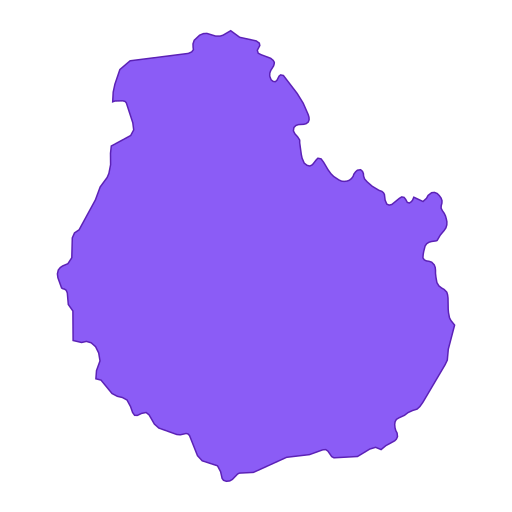 outline of Côte-d'Or
{"feature_id": "FRA-5282", "entity_name": "Côte-d'Or", "entity_type": "Metropolitan department", "adm_level": 1, "iso_a3": "FRA", "parent_name": "France", "parent_adm1": "", "projection": "orthographic", "projection_center": [4.917, 47.462], "detail": "fine", "context": "isolated", "style": "filled", "palette": "violet", "viewbox_px": 512, "rotation_deg": 0, "n_neighbors": 0, "source": "natural_earth", "source_scale": "10m", "svg_char_len": 3197}
<svg xmlns="http://www.w3.org/2000/svg" viewBox="0 0 512 512"><path d="M81.6,342.5L73.1,340.5L72.9,311.0L68.3,304.5L67.3,292.9L66.2,290.3L64.5,289.1L63.0,288.8L61.6,288.0L57.9,277.7L57.4,273.9L58.3,270.0L60.3,267.5L62.7,265.9L67.9,263.7L71.8,257.7L72.3,237.9L74.5,232.9L79.1,229.8L95.4,199.9L100.2,186.9L107.2,177.4L108.9,173.4L110.6,164.7L110.5,153.3L111.3,146.0L130.7,135.5L133.7,129.9L132.8,122.8L126.3,102.8L125.0,101.4L122.6,100.8L115.0,101.0L112.7,101.8L113.2,92.1L114.9,84.2L119.9,69.5L130.1,60.8L188.4,53.4L191.7,51.9L193.4,49.7L193.1,47.2L193.0,43.9L194.2,40.3L199.6,35.2L203.4,33.6L206.9,33.4L215.7,36.1L220.1,36.1L223.0,35.2L230.7,30.7L239.7,37.3L256.2,40.9L259.3,43.1L259.8,45.5L257.3,50.3L258.2,53.2L261.1,54.7L270.7,58.3L273.2,60.4L274.3,62.3L274.2,63.8L273.6,65.9L270.8,70.4L269.8,73.1L269.7,76.1L271.1,79.8L273.1,81.4L275.3,81.7L277.0,80.2L279.1,76.1L280.6,74.9L283.4,75.5L297.2,93.5L303.2,103.2L308.2,114.6L309.0,117.3L309.1,119.8L308.2,122.1L306.1,123.7L303.7,124.3L298.4,124.6L295.9,125.5L293.9,127.5L293.4,130.9L294.9,133.8L297.6,136.8L299.6,139.9L299.7,140.4L299.7,142.9L301.3,154.5L302.1,158.2L304.2,163.1L307.0,165.3L309.7,166.0L311.7,165.2L313.1,163.9L316.2,159.9L317.9,158.2L321.1,158.9L323.7,162.4L328.0,169.7L330.9,173.7L333.7,176.5L339.0,180.0L341.7,181.2L344.3,181.4L347.0,181.1L349.4,180.2L351.5,178.5L353.1,176.4L353.9,174.1L355.6,171.8L357.4,170.2L360.6,169.7L362.5,171.4L363.4,173.6L363.6,176.1L364.6,179.0L367.2,181.9L372.1,186.2L378.9,190.3L381.9,191.4L383.5,192.8L384.4,194.4L385.1,200.1L386.8,204.1L389.1,205.1L391.8,204.5L399.4,198.3L401.7,196.9L404.1,197.4L405.7,199.4L407.3,202.4L409.4,203.0L411.3,201.7L412.6,200.1L413.8,197.2L423.0,201.5L426.5,198.3L428.1,195.4L431.6,192.7L434.4,192.4L437.2,193.5L439.3,195.6L441.1,198.1L442.0,200.7L441.9,203.2L441.2,205.8L441.1,208.2L442.5,210.9L444.2,213.3L445.5,216.0L446.3,218.9L446.9,221.8L446.8,224.9L445.9,227.9L444.2,230.4L440.2,235.2L437.3,240.2L436.9,240.6L435.9,240.9L431.6,241.5L429.1,242.2L426.7,243.7L425.1,246.0L423.7,251.5L423.2,254.4L422.9,257.8L424.3,259.9L426.4,260.9L429.1,261.3L431.7,262.2L434.2,264.8L435.2,267.4L435.5,270.2L435.5,273.3L435.9,277.0L436.9,282.6L438.9,285.9L441.6,288.0L444.2,289.5L446.8,292.2L447.6,294.9L448.0,298.1L448.2,309.3L448.5,312.7L449.5,317.8L450.9,320.5L454.6,325.1L448.3,349.2L447.3,360.1L445.1,364.7L423.0,402.1L419.9,406.5L417.1,409.1L412.6,410.5L408.0,412.6L404.5,415.3L398.8,417.9L396.4,419.4L395.1,421.7L394.7,424.4L395.0,427.7L395.8,430.6L397.1,433.1L397.5,436.6L396.4,439.1L394.7,440.8L385.9,445.6L381.1,449.6L375.6,447.3L369.7,449.1L357.5,456.5L333.9,457.8L331.7,456.6L327.9,451.1L325.8,449.6L322.8,449.8L309.5,454.6L286.6,457.3L253.4,472.4L239.5,473.1L238.5,473.5L237.4,474.2L232.4,479.4L229.8,480.9L226.4,481.3L223.5,480.3L222.1,478.4L220.6,471.7L217.5,465.8L202.2,460.8L197.5,455.7L189.5,435.5L187.8,433.8L186.0,433.5L180.3,434.8L176.8,434.5L158.9,428.1L154.4,424.1L149.1,414.9L146.1,412.5L141.6,413.4L137.4,415.4L134.6,415.3L132.6,412.5L130.5,406.5L127.0,400.0L122.4,397.5L117.3,396.3L112.0,393.5L101.0,380.1L95.9,378.8L96.5,370.6L100.0,360.9L98.7,353.0L95.6,346.7L91.2,342.8L86.4,341.4L81.6,342.5Z" fill="#8b5cf6" stroke="#5b21b6" stroke-width="1.5"/></svg>